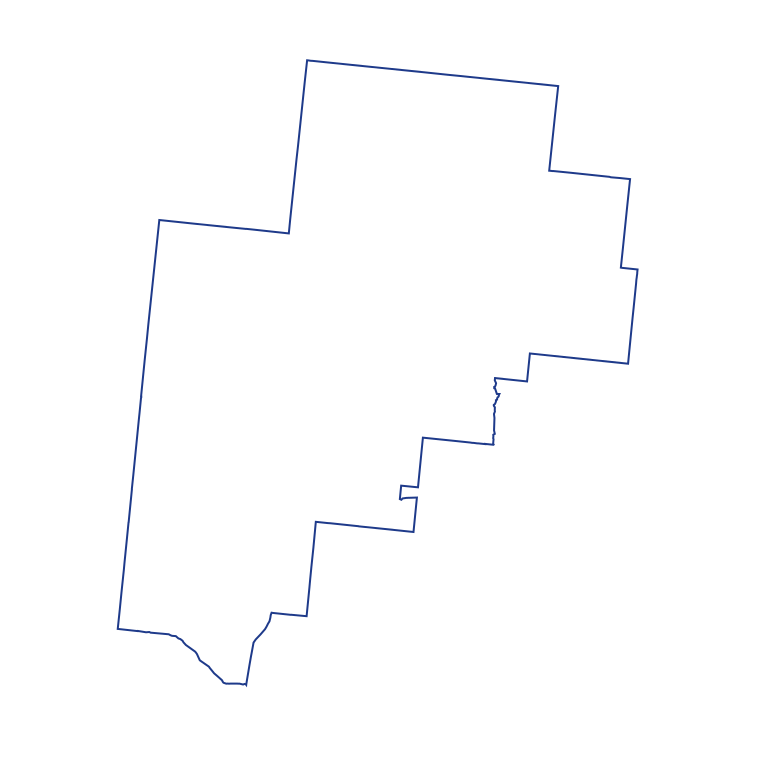 Wudinna, South Australia, Australia (Natural Earth projection), rotated 96°
{"feature_id": "25037944B74799247287960", "entity_name": "Wudinna", "entity_type": "district", "adm_level": 2, "iso_a3": "AUS", "parent_name": "Australia", "parent_adm1": "South Australia", "projection": "natural_earth1", "projection_center": [135.46, -32.977], "detail": "fine", "context": "isolated", "style": "outline", "palette": "blue", "viewbox_px": 768, "rotation_deg": 96, "n_neighbors": 0, "source": "geoboundaries", "source_scale": "gbopen_adm2", "svg_char_len": 3581}
<svg xmlns="http://www.w3.org/2000/svg" viewBox="0 0 768 768"><g transform="rotate(96 384 384)"><path d="M655.4,623.2L655.5,603.3L655.4,603.3L655.3,603.2L655.8,594.7L655.2,591.5L655.5,590.6L655.7,590.2L655.4,571.9L656.2,570.0L656.6,568.5L656.5,564.7L658.5,561.9L659.0,559.8L660.4,557.5L661.9,556.4L664.3,553.7L668.1,547.0L669.8,544.0L670.7,543.0L671.2,542.6L672.1,541.8L677.9,538.4L678.0,538.3L678.2,538.0L678.9,536.8L682.3,530.6L682.8,529.7L683.0,529.3L683.1,529.1L683.5,528.5L683.6,528.4L684.4,527.8L684.9,527.3L689.5,522.7L692.2,518.8L695.6,514.1L695.8,513.9L696.7,513.5L696.8,513.4L697.7,512.6L697.9,512.3L698.5,509.7L698.3,507.9L698.2,506.7L698.0,505.1L697.1,496.4L697.6,492.7L696.9,491.4L697.0,490.2L697.6,489.6L697.1,489.6L677.4,488.4L668.6,487.8L666.3,487.6L654.8,486.7L651.5,484.9L645.9,480.6L640.3,476.7L637.7,475.5L634.5,474.3L632.0,473.1L628.3,472.6L625.7,472.5L623.2,471.9L623.2,471.7L623.3,471.6L623.3,471.4L623.3,470.6L623.3,469.6L623.3,461.1L623.3,460.6L623.3,459.4L623.3,454.6L623.3,454.4L623.3,454.2L623.3,452.8L623.3,452.4L623.2,452.2L623.0,436.7L593.9,436.9L586.6,437.0L572.5,437.1L554.4,437.1L528.2,437.4L528.2,425.1L528.2,424.9L528.1,423.4L528.1,394.4L528.2,394.2L528.1,367.9L528.1,342.7L528.1,339.2L493.5,339.4L494.9,349.7L495.9,353.6L497.3,354.6L496.8,356.2L483.3,356.3L483.2,339.4L433.3,339.7L433.2,307.4L433.2,292.0L433.3,290.3L433.2,288.5L433.3,285.3L433.2,283.5L433.2,277.6L433.2,276.8L433.2,276.2L433.1,275.9L433.0,276.0L433.0,275.9L433.0,275.3L433.0,275.2L433.0,274.9L433.0,274.7L433.0,273.8L433.0,273.3L433.0,273.0L433.0,271.7L433.0,270.1L433.0,269.5L433.0,269.4L433.0,269.2L433.0,268.8L432.9,268.7L432.7,268.6L432.0,269.2L427.4,269.3L426.4,269.8L425.2,269.7L423.0,270.0L422.0,268.6L418.7,269.7L406.2,270.6L402.3,271.5L399.7,270.8L398.6,271.1L395.6,271.3L394.6,272.2L393.8,272.6L393.2,272.6L392.5,271.7L390.9,271.1L389.4,270.8L388.4,271.0L387.7,269.9L386.8,270.0L385.5,269.7L385.0,269.1L384.4,268.7L383.9,268.7L382.4,268.4L381.9,268.2L382.1,270.7L376.8,273.1L376.7,273.9L375.4,274.1L374.9,273.3L373.7,272.9L371.5,272.6L368.8,274.2L366.5,274.2L366.5,242.0L338.4,242.1L338.3,143.4L308.8,143.6L291.3,143.7L282.4,143.7L282.2,143.7L257.6,143.8L254.0,143.9L251.5,143.8L250.1,143.8L247.9,143.7L246.8,143.8L243.6,143.8L243.6,159.3L243.5,160.6L225.5,160.6L224.7,160.6L183.4,160.7L169.1,160.7L154.5,160.7L154.5,170.6L154.7,180.1L154.4,181.3L154.4,208.0L154.4,215.2L154.4,219.9L154.4,220.0L154.5,238.0L154.6,238.3L154.6,239.2L154.6,242.0L150.2,242.0L140.9,242.0L113.4,242.0L107.6,242.0L98.9,242.0L70.9,241.9L70.5,241.9L69.5,241.9L69.5,244.7L69.6,297.6L69.7,331.7L69.7,338.9L69.8,352.7L69.8,375.3L70.0,436.1L70.1,475.2L70.1,475.3L70.1,476.8L70.1,479.6L70.1,482.2L70.1,482.9L70.1,485.4L70.1,485.6L70.1,485.9L70.1,486.0L70.1,488.5L70.2,490.4L70.2,490.9L70.1,492.8L70.1,494.1L70.1,494.3L92.0,494.4L116.0,494.4L121.9,494.4L156.2,494.4L169.5,494.5L180.2,494.5L204.5,494.5L216.3,494.5L216.5,494.5L225.6,494.5L227.3,494.5L228.8,494.5L230.4,494.5L230.5,494.5L244.2,494.4L244.1,528.7L244.1,528.8L244.1,531.3L244.1,534.9L244.1,535.2L244.1,537.2L244.2,537.5L244.2,537.8L244.3,554.7L244.4,589.4L244.4,596.9L244.4,624.6L251.9,624.6L256.1,624.6L256.5,624.6L313.1,624.6L313.3,624.6L313.5,624.6L349.1,624.6L363.2,624.5L368.1,624.5L385.0,624.5L421.7,624.3L421.7,624.1L422.8,624.0L423.4,624.2L438.4,624.1L444.4,624.1L444.5,624.1L482.0,623.9L501.2,623.8L514.9,623.8L515.1,623.7L515.4,623.7L515.6,623.7L548.2,623.5L548.3,623.6L564.7,623.5L564.9,623.5L588.9,623.4L596.2,623.3L617.7,623.3L635.9,623.2L644.6,623.2L655.4,623.2Z" fill="none" stroke="#1e3a8a" stroke-width="2"/></g></svg>